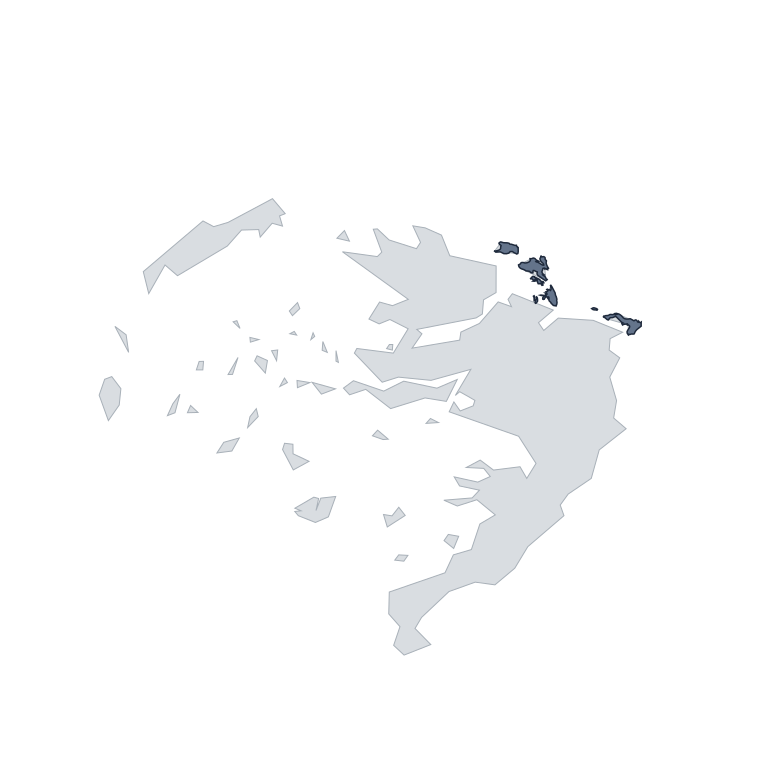 location of Ionioi Nisoi within Greece, rotated 144°
{"feature_id": "GRC-2883", "entity_name": "Ionioi Nisoi", "entity_type": "Region", "adm_level": 1, "iso_a3": "GRC", "parent_name": "Greece", "parent_adm1": "", "projection": "natural_earth1", "projection_center": [20.478, 38.738], "detail": "fine", "context": "in_parent", "style": "filled", "palette": "slate", "viewbox_px": 768, "rotation_deg": 144, "n_neighbors": 0, "source": "natural_earth", "source_scale": "10m", "svg_char_len": 8929}
<svg xmlns="http://www.w3.org/2000/svg" viewBox="0 0 768 768"><g transform="rotate(144 384 384)"><path d="M499.3,145.7L527.1,152.9L529.8,166.9L513.7,178.3L515.3,195.2L502.0,212.6L445.6,195.4L428.3,205.0L410.6,198.7L388.7,214.4L370.9,212.7L376.9,235.8L396.4,242.2L403.9,254.8L379.6,240.0L369.2,242.0L382.8,257.1L381.8,267.6L365.8,249.5L352.4,246.7L352.9,257.1L366.5,268.1L350.9,265.9L346.0,250.0L322.6,237.1L324.0,223.7L307.7,230.4L305.8,262.6L347.6,323.2L338.0,328.4L338.2,317.4L324.7,313.9L320.1,317.3L322.8,323.5L327.3,333.3L333.0,332.8L305.1,344.8L343.8,359.3L368.3,381.1L384.4,386.5L389.8,426.4L385.1,428.7L358.3,403.5L332.0,414.5L341.3,432.7L352.6,435.5L358.0,445.4L339.4,452.9L331.1,442.4L314.6,438.2L339.9,515.4L314.5,491.0L308.3,492.0L301.7,515.5L298.2,513.4L295.2,497.5L278.2,474.4L271.2,477.1L267.7,495.0L258.9,486.1L250.0,470.7L255.4,449.1L223.9,413.6L239.6,392.1L254.0,393.6L263.3,382.8L270.6,383.3L325.4,408.9L323.8,402.3L340.2,396.5L297.0,375.0L291.3,380.8L271.2,376.9L243.4,383.3L235.4,371.6L233.9,379.6L227.1,381.6L203.6,344.3L223.0,342.8L223.3,333.4L204.3,334.9L177.3,312.5L160.5,285.6L174.4,287.8L181.9,279.1L177.9,266.6L197.3,256.9L205.6,233.9L218.2,221.5L214.4,205.5L248.6,204.2L271.8,185.8L299.7,186.7L312.6,182.5L315.8,171.7L363.2,167.9L386.5,158.1L412.3,156.3L426.7,170.1L453.4,177.9L490.8,173.1L502.6,168.0L499.3,145.7ZM380.0,579.8L397.8,575.6L394.6,582.6L408.8,592.3L429.7,587.7L487.4,593.0L491.2,609.0L521.2,595.4L512.7,616.4L434.6,622.3L429.3,611.4L415.2,606.4L365.3,599.5L363.8,579.9L369.7,581.4L373.3,571.4L380.0,579.8ZM343.8,333.3L359.0,348.6L393.1,360.2L401.9,390.4L418.2,395.5L419.2,404.5L406.8,404.6L388.4,378.4L366.4,374.7L343.6,349.5L322.1,344.6L343.8,333.3ZM520.9,312.3L530.7,327.8L531.1,333.3L525.7,330.2L529.1,335.9L507.3,333.7L504.2,329.8L513.4,321.6L502.2,328.8L489.2,321.4L507.1,309.2L520.9,312.3ZM607.2,552.0L599.9,550.0L599.6,534.9L610.6,522.6L628.5,516.4L621.0,542.4L607.2,552.0ZM504.6,390.6L499.3,394.5L493.1,388.8L498.6,381.0L490.1,365.5L507.9,367.8L504.6,390.6ZM192.1,372.5L204.8,395.9L203.3,400.9L189.8,398.4L185.8,389.4L180.2,393.2L192.1,372.5ZM164.8,305.1L153.9,303.0L140.6,281.6L156.3,281.1L151.8,288.5L164.8,305.1ZM465.4,266.4L461.1,278.7L455.0,272.6L444.5,275.6L444.1,265.2L465.4,266.4ZM546.5,419.2L559.7,426.4L547.9,431.0L532.8,425.4L546.5,419.2ZM427.5,222.0L420.4,224.5L413.1,216.9L424.3,210.0L427.5,222.0ZM199.3,410.9L216.5,426.5L206.5,429.5L195.3,416.1L199.3,410.9ZM475.1,478.7L470.1,481.4L464.5,471.5L473.6,462.6L475.1,478.7ZM440.6,412.6L441.2,427.6L426.1,408.6L440.6,412.6ZM572.0,559.7L567.8,588.8L563.7,575.4L572.0,559.7ZM200.6,361.0L191.6,364.9L199.4,346.5L200.6,361.0ZM336.4,529.6L325.8,531.4L328.0,519.9L336.4,529.6ZM555.1,495.7L570.0,483.6L577.8,485.7L566.5,492.1L555.1,495.7ZM501.8,439.1L504.9,431.6L519.9,428.9L511.7,436.3L501.8,439.1ZM457.2,466.0L455.4,477.0L450.0,474.0L457.2,466.0ZM456.2,431.9L452.3,438.0L443.1,428.7L456.2,431.9ZM423.8,348.9L416.3,350.4L413.0,336.9L417.4,339.6L423.8,348.9ZM478.8,235.2L472.5,237.1L465.4,231.3L472.1,229.0L478.8,235.2ZM417.9,493.1L417.7,498.7L406.1,500.7L407.8,494.5L417.9,493.1ZM504.6,483.3L486.5,491.3L500.9,480.8L504.6,483.3ZM409.4,430.7L403.2,439.2L408.2,428.3L409.4,430.7ZM469.8,443.2L461.0,447.3L461.3,441.9L469.8,443.2ZM527.5,505.7L520.3,510.9L516.7,508.4L522.3,501.9L527.5,505.7ZM559.9,476.3L553.1,480.3L551.2,470.3L559.9,476.3ZM414.2,447.6L408.5,454.3L411.3,442.9L414.2,447.6ZM199.9,374.1L200.3,383.5L195.5,372.1L199.9,374.1ZM467.5,496.4L465.1,500.5L459.1,493.5L467.5,496.4ZM373.1,327.4L366.7,328.8L362.6,320.8L373.1,327.4ZM361.1,411.1L356.4,412.8L353.7,410.8L357.3,406.5L361.1,411.1ZM417.1,462.9L411.3,467.1L412.1,463.2L417.1,462.9ZM467.8,513.6L469.5,523.0L465.8,521.7L467.8,513.6ZM430.6,480.0L425.7,479.3L425.9,474.9L430.6,480.0Z" fill="#d9dde1" stroke="#a8b0b8" stroke-width="1"/><path d="M201.7,401.5L200.9,401.2L200.1,400.6L198.8,399.0L197.2,398.1L195.0,397.5L193.1,397.8L192.2,399.6L191.1,398.7L189.1,398.1L188.3,397.1L188.1,396.5L188.0,395.2L187.9,394.7L187.0,393.1L186.7,392.3L187.4,392.5L188.4,393.5L189.1,393.8L189.1,393.3L188.2,392.4L187.6,391.3L186.1,387.5L185.4,386.5L184.8,386.3L184.4,387.5L184.5,388.6L184.9,390.9L184.8,392.3L184.3,393.6L183.6,394.1L182.8,394.4L182.1,395.2L181.7,395.2L181.4,394.0L179.8,393.1L179.4,391.8L179.6,391.2L180.1,390.5L180.4,389.8L180.3,389.2L180.1,388.6L180.2,388.1L180.6,387.7L180.9,387.5L181.7,386.6L182.4,384.8L182.8,382.5L182.9,380.3L183.2,381.3L183.2,381.7L183.6,381.7L184.4,380.3L184.8,380.8L185.3,382.1L186.0,383.2L186.4,382.6L186.6,383.0L186.8,383.7L187.3,384.1L187.9,383.9L188.9,382.9L190.2,382.1L190.7,381.0L190.7,379.6L190.3,378.3L191.4,378.8L190.7,376.4L190.6,375.9L190.7,375.0L190.9,374.2L191.0,373.6L190.6,373.0L190.6,372.5L192.6,372.5L195.6,381.1L195.7,381.7L195.6,382.8L195.3,383.4L194.8,383.8L194.1,384.6L194.6,385.2L195.9,387.7L196.6,388.1L197.4,387.4L198.1,386.5L198.8,386.0L198.6,386.3L198.5,386.8L198.4,387.0L199.4,387.3L199.8,388.0L199.9,389.0L200.3,389.9L202.7,392.1L203.3,393.9L205.3,396.7L205.7,397.8L205.9,398.9L205.7,400.1L205.2,401.3L204.9,401.3L203.4,401.0L202.9,401.1L202.3,401.4L201.7,401.5ZM165.6,305.0L165.8,305.8L166.3,307.9L167.0,308.9L167.0,309.4L166.3,309.8L165.8,309.4L164.4,309.0L163.1,308.1L162.2,307.7L161.2,307.5L160.3,307.4L159.8,307.1L158.4,305.9L157.9,305.5L156.9,305.4L156.1,305.4L155.4,305.2L155.2,304.9L155.6,305.0L156.0,304.7L156.3,304.0L154.4,303.4L153.6,303.1L153.6,303.3L153.6,303.5L152.8,302.5L152.2,301.1L151.8,299.7L151.5,296.7L150.8,295.2L149.7,294.1L148.3,293.0L147.0,292.4L146.3,291.9L144.8,288.6L144.6,288.2L143.7,288.2L143.0,288.1L142.5,287.7L142.1,286.7L142.3,285.1L142.0,284.6L141.0,285.2L141.0,284.1L140.8,283.3L140.3,282.9L139.5,282.9L140.0,282.3L141.5,280.3L141.8,279.7L142.3,279.6L147.5,279.4L149.2,279.0L150.6,278.4L152.1,277.5L152.9,277.8L153.4,278.2L153.9,278.6L154.4,279.0L155.9,279.5L156.4,279.8L156.7,280.4L157.1,280.4L157.1,279.9L157.5,279.9L157.4,282.1L156.7,283.4L155.5,284.1L152.1,285.5L151.5,286.0L151.2,286.8L151.4,287.7L151.9,288.4L152.5,288.6L152.5,289.2L151.7,289.2L151.7,289.6L155.0,291.3L156.3,291.5L156.1,293.1L155.8,293.4L154.8,293.0L155.5,294.5L156.6,301.8L156.8,302.2L157.5,302.7L158.2,302.9L159.8,303.3L160.5,303.6L161.7,304.5L162.2,304.6L163.2,304.5L164.1,304.2L164.6,303.9L165.0,304.0L165.6,305.0ZM211.2,420.5L212.2,422.5L216.1,425.0L216.6,427.1L215.9,426.2L214.2,425.4L212.3,424.8L210.8,424.7L210.0,425.1L209.5,425.7L209.1,426.3L208.7,426.6L208.0,427.0L208.0,427.8L208.3,428.6L208.5,429.0L208.4,429.9L208.2,430.4L207.5,430.5L206.4,430.5L205.9,430.2L204.2,428.0L201.4,425.8L200.1,424.4L200.0,423.2L198.7,422.1L196.6,419.2L195.3,418.4L195.7,417.6L195.4,416.4L195.7,416.0L195.3,415.5L197.6,412.2L199.0,410.9L200.3,411.2L200.4,411.4L200.4,411.6L200.6,411.9L200.6,412.0L201.8,414.2L202.2,415.6L202.8,416.1L204.2,417.0L206.0,416.5L208.3,417.4L210.4,419.0L211.2,420.5ZM193.3,362.4L192.8,363.1L192.2,364.1L191.4,365.8L191.0,365.8L191.0,364.0L192.0,357.2L193.1,354.9L193.3,353.5L194.3,350.9L194.8,350.6L195.3,349.9L196.0,348.4L196.7,347.6L197.7,346.7L199.0,346.0L199.1,346.3L199.2,346.7L199.9,347.0L200.8,348.0L201.0,349.1L201.1,350.1L201.4,350.9L201.1,351.7L201.2,352.4L201.3,352.9L201.4,353.5L201.5,354.1L201.4,354.5L201.2,354.9L199.9,356.8L199.6,357.3L199.7,357.8L200.1,358.0L200.4,357.5L200.7,356.7L201.1,356.1L201.1,357.1L201.0,360.9L200.7,361.8L200.3,361.8L199.9,360.9L199.5,360.9L199.6,361.3L199.9,362.4L199.7,362.2L199.1,361.9L199.1,362.4L199.0,362.7L198.8,362.9L198.8,363.4L197.8,362.9L196.9,363.0L196.5,363.6L196.8,364.4L196.8,364.8L196.2,364.7L195.9,364.5L195.8,364.0L196.0,363.4L194.9,363.2L194.3,361.8L193.3,362.4ZM200.7,378.3L201.4,378.5L202.0,378.8L203.0,379.7L202.8,379.7L201.9,379.7L202.3,381.7L202.6,382.3L203.4,382.6L203.4,383.2L201.8,383.4L200.9,383.7L200.1,383.5L199.1,382.2L199.5,381.7L198.7,380.8L198.0,379.7L196.8,377.3L196.7,376.8L196.6,375.2L196.4,374.5L196.0,374.0L195.4,373.6L195.0,373.0L195.2,372.0L196.2,372.6L196.6,372.2L197.2,370.6L198.2,370.9L198.3,371.8L198.0,372.8L197.6,373.4L198.6,373.4L199.2,373.7L199.7,374.1L200.3,374.5L200.0,375.9L199.5,377.1L198.4,379.3L198.8,379.6L199.4,379.8L200.0,379.8L200.7,379.7L200.7,379.3L199.9,378.8L201.1,378.8L200.7,378.3ZM213.6,360.0L214.0,360.2L214.0,360.9L213.4,361.7L212.7,362.3L211.9,362.8L211.4,363.0L211.0,363.2L210.3,363.9L209.9,364.8L209.4,364.9L209.2,364.2L209.4,363.4L210.4,361.6L211.3,360.6L212.3,360.3L213.6,360.0ZM168.3,318.5L169.1,319.4L170.1,320.2L171.1,321.2L171.7,322.9L170.6,322.8L169.9,322.6L169.3,322.2L168.2,320.8L167.6,319.8L167.4,318.9L168.3,318.5ZM205.5,359.1L205.7,359.3L205.5,359.7L205.2,360.1L204.8,360.5L203.3,360.9L203.1,361.7L203.9,362.4L204.4,362.8L204.5,363.0L204.9,363.3L205.4,364.0L204.7,363.7L202.7,361.8L201.9,360.0L202.4,359.2L203.3,359.0L204.5,358.4L204.8,358.7L205.0,358.8L205.3,358.7L205.4,358.8L205.4,359.0L205.5,359.1ZM213.4,363.4L212.2,365.1L211.6,366.3L211.5,367.2L210.7,367.2L210.7,366.7L212.9,363.4L213.4,363.4Z" fill="#64748b" stroke="#1e293b" stroke-width="1.5"/></g></svg>